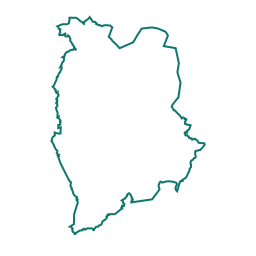 outline of Tuxpan, Michoacán, Mexico, rotated 93°
{"feature_id": "50627088B72618963971649", "entity_name": "Tuxpan", "entity_type": "district", "adm_level": 2, "iso_a3": "MEX", "parent_name": "Mexico", "parent_adm1": "Michoacán", "projection": "albers", "projection_center": [-100.476, 19.578], "detail": "fine", "context": "isolated", "style": "outline", "palette": "teal", "viewbox_px": 256, "rotation_deg": 93, "n_neighbors": 0, "source": "geoboundaries", "source_scale": "gbopen_adm2", "svg_char_len": 5808}
<svg xmlns="http://www.w3.org/2000/svg" viewBox="0 0 256 256"><g transform="rotate(93 128 128)"><path d="M166.7,193.6L181.5,185.2L184.3,183.4L184.7,182.5L185.2,182.2L185.7,182.1L188.9,182.5L190.7,181.2L191.8,181.2L191.7,180.8L196.5,179.1L197.3,178.6L199.1,176.8L199.8,175.2L200.1,175.2L201.2,175.8L202.0,175.7L201.8,174.9L202.0,174.5L202.3,174.5L202.9,175.2L203.1,175.2L203.5,174.8L204.9,174.2L216.9,177.3L226.8,177.0L229.6,180.8L229.8,179.6L230.5,179.0L231.2,178.1L231.6,177.9L232.5,178.4L233.0,178.1L234.2,178.0L234.6,177.7L234.9,176.9L235.6,175.9L236.5,175.8L236.7,175.6L236.5,175.0L235.5,174.3L233.6,171.8L233.0,170.7L232.7,169.1L231.6,167.9L231.3,167.2L231.5,167.2L231.0,166.7L231.1,166.2L231.6,165.8L231.6,165.3L231.5,164.9L230.5,163.8L230.3,163.3L230.2,159.9L230.1,159.2L230.4,158.0L231.7,157.3L231.9,156.9L231.6,156.5L230.4,156.4L229.6,155.6L228.7,155.1L228.2,154.2L228.2,153.0L228.1,152.6L227.5,152.2L226.9,151.9L225.9,149.6L225.6,149.4L223.1,148.8L221.9,147.9L221.5,147.0L220.7,146.0L218.7,144.4L218.0,144.3L217.5,144.8L217.0,144.5L216.5,143.8L215.4,143.7L215.3,143.2L215.5,142.9L215.9,142.7L215.9,142.4L215.7,142.3L215.1,142.2L214.7,136.5L209.1,130.4L208.8,129.5L208.5,129.6L207.8,130.5L207.6,130.4L206.9,129.7L206.3,129.9L205.8,129.8L205.7,129.7L206.5,128.7L206.4,128.2L204.3,127.6L203.6,128.0L202.6,129.3L201.2,129.3L200.6,130.4L199.7,129.2L198.7,127.3L197.8,127.1L196.6,125.8L195.6,125.2L195.2,125.5L194.8,125.4L193.8,124.6L193.1,123.7L193.3,123.1L194.3,122.1L196.1,121.1L197.6,120.3L198.1,120.7L198.6,120.3L198.9,119.6L199.1,119.4L199.6,119.5L200.5,120.4L200.9,120.7L201.6,120.9L202.1,120.8L198.0,100.2L187.7,93.3L187.1,93.5L185.4,94.2L184.4,94.2L183.5,94.5L180.4,93.3L179.8,92.6L179.9,92.1L180.8,91.1L180.2,89.6L179.6,87.7L179.0,84.4L179.2,83.5L179.1,82.3L179.8,77.8L180.5,76.7L181.6,76.1L182.9,76.7L185.6,77.5L187.7,76.7L188.0,76.2L188.6,75.6L178.8,73.3L177.7,71.8L178.3,71.6L178.0,70.7L177.3,71.2L174.4,67.4L167.2,64.4L165.5,64.3L163.9,63.1L161.0,63.2L160.4,63.7L159.9,63.9L158.3,63.5L157.7,63.2L157.3,63.2L156.3,61.5L154.6,60.5L154.4,59.4L153.9,59.1L152.7,58.9L151.5,59.2L150.0,59.7L148.4,59.4L148.1,59.6L147.8,59.3L147.5,59.3L147.1,58.8L147.0,57.2L146.1,55.2L146.2,54.7L143.9,52.9L142.9,51.9L141.8,51.3L141.0,50.6L140.4,50.6L140.1,50.9L139.3,51.0L139.2,54.7L139.0,56.8L137.2,57.8L136.9,58.4L136.3,59.3L135.9,59.4L135.3,60.5L135.3,61.4L135.7,61.7L136.0,62.3L136.2,63.4L135.1,63.9L135.2,64.2L135.1,64.5L135.3,64.9L135.2,65.1L134.8,65.4L134.8,65.8L134.6,66.2L134.6,66.5L134.2,66.7L133.4,66.9L133.3,67.6L132.0,68.6L132.4,70.1L130.2,71.2L129.6,71.0L129.2,70.6L129.7,69.0L129.6,68.7L129.2,68.5L127.9,69.1L127.6,68.9L126.5,67.1L125.5,66.7L122.0,65.6L121.5,68.1L121.8,69.1L120.8,70.4L120.9,71.2L119.8,71.5L118.9,71.4L117.9,71.0L117.1,70.3L116.3,70.2L116.2,70.4L116.4,71.1L116.2,71.6L115.7,71.2L114.7,73.0L114.6,73.8L114.8,74.4L115.5,74.8L112.6,77.1L109.8,80.4L108.9,81.1L107.7,82.6L107.9,83.2L105.3,84.9L104.9,85.2L103.9,85.5L102.1,84.5L97.7,81.5L94.6,79.1L94.0,79.2L80.1,77.9L69.7,81.6L60.6,80.6L45.8,84.6L45.3,88.3L44.4,96.5L33.6,93.0L31.0,94.6L29.4,96.4L29.3,97.7L28.8,98.5L27.0,103.7L26.3,109.3L28.0,119.6L35.2,123.7L42.2,127.3L48.8,140.6L45.2,144.1L42.0,148.0L40.5,149.1L37.9,152.0L34.9,150.9L31.5,150.0L28.4,148.9L26.6,151.3L26.5,152.2L26.5,153.3L26.6,154.6L26.4,155.6L27.0,158.0L27.4,158.5L27.4,159.0L27.6,159.6L27.3,160.2L27.2,160.3L27.0,161.5L26.8,161.4L26.7,161.6L26.6,162.2L26.8,163.0L26.6,163.4L26.2,164.2L26.0,164.3L25.8,165.0L25.4,164.7L25.1,164.8L24.9,165.4L24.0,166.1L23.7,166.6L23.9,167.2L23.7,167.5L23.8,168.5L23.1,169.3L22.0,169.8L21.2,170.6L20.6,170.8L20.1,171.5L19.3,172.1L21.0,173.2L22.4,175.1L23.0,175.5L24.1,177.4L26.3,177.4L26.1,177.9L24.4,179.9L23.8,181.1L21.2,184.4L20.7,185.6L20.7,187.6L20.9,188.9L20.8,190.4L20.9,191.2L20.9,192.2L21.3,192.4L22.3,192.2L22.7,192.0L23.3,192.0L24.4,192.4L26.2,192.4L26.8,193.0L27.4,194.0L27.7,195.2L27.6,196.3L27.8,197.6L27.8,198.9L30.1,203.9L30.5,203.3L31.3,202.7L32.4,202.4L32.7,202.0L33.0,200.7L33.4,200.6L33.9,200.8L34.0,201.1L35.9,200.7L37.8,201.5L38.4,201.6L38.9,201.2L38.6,199.7L38.8,198.6L38.3,198.1L38.5,197.7L38.4,197.4L37.9,197.0L37.8,196.3L37.0,195.8L36.9,195.5L37.0,195.4L38.4,195.9L38.6,195.9L39.7,195.4L39.8,193.4L39.4,193.0L38.7,192.8L39.6,191.5L42.1,190.2L43.1,190.4L43.9,190.3L45.9,188.7L47.4,187.7L48.0,187.6L48.3,187.1L48.9,186.5L50.4,186.1L51.0,185.2L51.9,184.3L52.6,184.5L52.0,186.3L52.9,187.4L52.8,188.3L53.1,189.2L54.0,190.6L54.7,191.1L54.8,191.9L55.3,192.9L55.9,193.6L57.6,194.9L58.2,195.0L59.0,194.9L59.8,195.3L60.1,196.4L60.7,197.2L61.1,195.6L61.6,195.8L63.2,195.4L65.2,196.1L65.7,196.9L67.3,197.4L70.9,198.9L70.3,197.6L71.2,197.4L72.9,197.4L74.7,198.6L75.5,198.6L75.9,198.7L76.6,199.5L77.7,200.1L78.9,200.5L79.8,200.5L80.3,200.6L80.5,200.9L80.7,201.8L82.7,201.8L83.9,202.1L87.4,203.5L89.3,204.1L90.2,204.7L90.7,205.4L93.7,202.2L94.0,202.1L94.2,202.5L94.6,202.5L95.1,202.1L96.7,201.3L96.6,201.1L95.9,200.5L95.6,200.1L96.9,200.1L97.7,199.6L98.7,199.1L99.6,199.2L99.8,199.3L99.9,199.8L101.4,200.1L102.7,201.2L103.5,200.9L103.6,200.1L105.2,200.1L105.3,200.5L106.2,200.6L106.5,200.3L107.0,200.3L107.0,200.2L107.6,200.4L107.6,200.5L108.4,199.8L109.5,199.6L109.8,199.9L110.7,200.3L111.5,201.1L113.6,200.3L114.6,200.1L115.4,199.5L116.4,199.1L119.6,199.1L119.7,198.4L120.2,198.3L120.1,197.8L120.9,198.1L121.4,198.9L121.9,197.9L122.0,197.2L124.3,196.0L124.3,195.8L125.6,195.8L125.6,196.2L127.7,195.8L127.8,196.2L128.5,196.4L128.5,196.6L128.8,196.8L128.7,197.7L131.7,197.7L130.9,195.2L137.1,195.1L137.1,197.5L136.9,199.2L136.3,201.0L139.3,200.7L140.9,202.6L142.6,203.3L145.0,203.7L145.1,203.0L146.2,202.8L147.7,202.0L148.3,201.3L149.9,200.8L151.3,199.9L152.8,199.2L154.5,197.4L156.7,197.6L157.0,197.8L158.4,195.5L159.3,196.7L160.0,195.7L160.4,196.2L166.7,193.6Z" fill="none" stroke="#0f766e" stroke-width="2"/></g></svg>